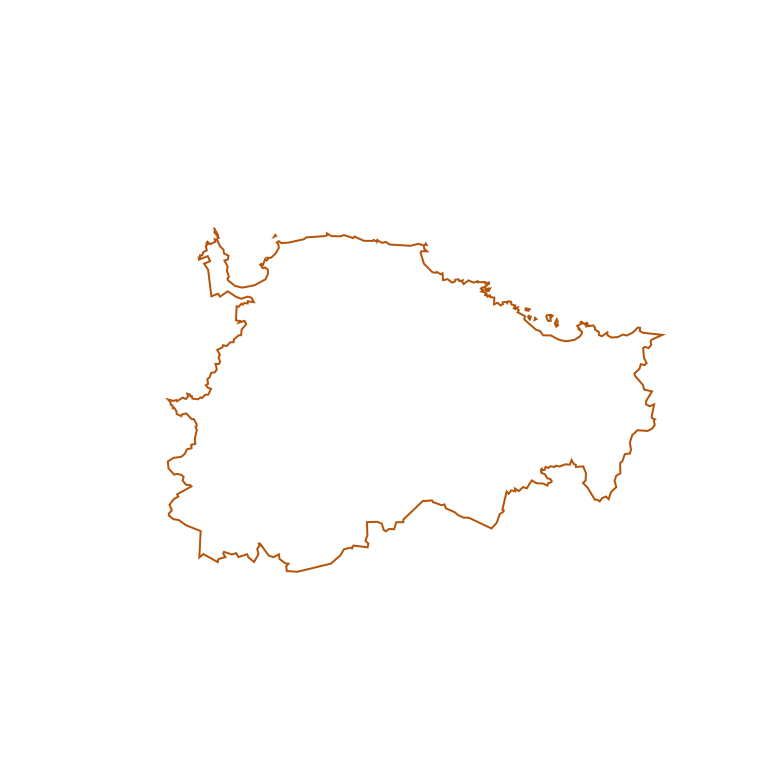 the district of La Huerta, Jalisco, Mexico, rotated 143°
{"feature_id": "50627088B67615476566962", "entity_name": "La Huerta", "entity_type": "district", "adm_level": 2, "iso_a3": "MEX", "parent_name": "Mexico", "parent_adm1": "Jalisco", "projection": "robinson", "projection_center": [-104.926, 19.493], "detail": "fine", "context": "isolated", "style": "outline", "palette": "amber", "viewbox_px": 768, "rotation_deg": 143, "n_neighbors": 0, "source": "geoboundaries", "source_scale": "gbopen_adm2", "svg_char_len": 6180}
<svg xmlns="http://www.w3.org/2000/svg" viewBox="0 0 768 768"><g transform="rotate(143 384 384)"><path d="M574.3,293.1L566.0,286.1L534.5,272.5L521.9,273.4L515.5,276.1L508.7,273.2L508.5,272.0L505.6,273.4L495.4,263.4L492.5,266.0L493.2,270.0L488.6,272.9L480.7,283.9L472.4,278.1L469.8,273.9L472.0,267.6L471.3,265.3L467.1,265.1L463.3,261.9L457.4,266.2L451.7,262.0L450.1,264.1L423.6,267.2L415.7,262.1L416.0,260.3L411.0,252.6L408.2,251.4L409.4,247.4L404.7,239.1L403.7,234.6L400.8,229.3L396.8,226.2L385.1,203.9L377.3,205.4L369.9,210.4L365.2,210.2L364.3,211.4L365.1,212.4L350.8,224.3L350.5,221.3L346.4,222.5L343.8,219.3L342.3,221.6L340.8,217.3L335.0,218.0L332.8,214.8L324.0,218.1L321.9,212.9L316.9,208.9L314.7,204.6L312.4,206.0L309.3,204.8L308.4,205.7L308.4,208.0L310.3,210.3L309.8,214.9L311.8,218.5L310.2,221.1L308.9,221.3L309.3,219.8L307.4,218.8L304.9,220.5L303.3,218.1L300.6,218.2L297.8,215.1L296.2,215.5L293.2,212.3L287.6,210.8L284.1,207.7L279.9,210.4L280.6,205.8L279.4,204.1L280.7,202.3L274.5,198.3L276.4,191.2L281.1,185.6L284.7,185.2L283.8,178.5L285.2,164.7L283.5,163.6L282.4,160.4L278.6,161.6L274.5,160.6L273.9,156.8L267.7,161.1L260.5,161.8L258.2,167.8L253.8,171.0L249.0,170.4L243.0,178.7L239.9,179.0L233.9,183.0L229.3,180.5L226.1,183.1L223.0,189.2L216.5,193.8L209.3,194.5L201.8,187.9L197.0,187.0L192.6,188.2L190.2,192.9L189.0,192.8L190.4,195.4L189.8,197.0L180.5,205.1L185.3,206.4L187.0,210.1L184.8,212.7L174.4,216.8L179.6,223.0L177.8,227.2L178.6,239.8L177.7,241.7L170.9,242.3L167.0,245.3L164.5,242.3L161.7,242.6L160.7,248.3L155.4,256.8L153.2,256.6L151.0,253.4L147.1,254.4L145.4,257.6L143.4,258.3L132.1,255.7L146.3,269.0L147.8,272.3L145.6,274.8L147.4,276.3L154.5,275.4L160.9,276.6L163.5,279.7L169.2,280.8L174.4,284.3L176.2,288.3L174.6,290.8L181.3,291.0L182.8,293.7L181.1,296.5L182.8,300.4L181.5,302.0L181.6,304.8L187.3,308.0L186.1,308.4L187.4,309.2L188.8,314.9L189.8,314.9L189.3,313.2L194.7,314.1L194.6,310.3L195.5,310.5L194.5,306.4L195.8,305.2L198.9,304.1L205.4,304.6L213.1,308.7L217.8,314.3L221.5,322.4L227.6,327.1L227.5,332.4L230.0,336.0L233.1,351.1L230.6,353.4L234.1,360.9L232.0,361.7L232.3,364.4L231.1,364.8L232.8,365.8L234.1,364.9L234.8,366.4L232.0,367.8L234.4,371.0L233.0,373.2L235.0,375.2L236.9,374.4L236.6,375.7L240.1,377.9L241.1,376.1L243.7,376.8L244.4,380.6L248.2,381.4L243.9,386.6L246.9,389.6L246.1,391.1L248.7,391.5L248.0,392.5L249.5,393.8L247.2,394.6L249.0,394.7L248.0,396.3L250.5,399.2L248.3,399.3L249.2,401.8L247.4,402.0L245.0,399.9L244.7,401.0L239.7,400.8L239.1,402.0L242.6,403.2L241.8,404.5L248.0,408.9L247.4,409.7L251.6,411.2L254.1,415.9L260.2,415.9L260.1,418.6L258.8,419.4L262.0,420.8L261.4,422.7L264.5,424.4L265.9,423.2L268.7,424.1L270.1,429.5L274.3,431.3L270.6,437.2L272.7,437.5L274.4,441.8L275.6,441.5L278.1,444.2L279.7,456.1L275.8,466.8L274.3,467.5L269.8,464.1L270.5,467.9L268.8,470.7L272.1,475.2L279.8,478.5L295.6,492.1L297.2,496.5L300.4,497.7L302.6,502.2L303.6,501.9L302.9,503.0L304.6,503.0L305.6,505.3L307.0,505.1L313.9,510.5L318.8,519.5L320.8,519.0L326.3,527.0L329.8,528.1L336.9,533.7L338.9,538.5L339.6,537.1L342.2,537.7L357.9,547.9L360.8,547.8L375.0,554.3L381.1,558.2L382.1,561.4L384.5,561.5L384.3,559.0L386.2,555.9L392.3,553.3L398.5,552.9L401.3,555.1L401.2,553.8L403.4,553.3L403.8,555.3L409.0,551.9L409.4,553.6L411.0,553.9L411.1,549.3L408.8,548.5L407.9,545.3L410.4,541.8L415.7,538.9L428.0,540.8L439.1,546.2L443.8,551.8L446.2,560.6L445.7,562.3L443.3,563.0L441.3,569.0L438.2,571.8L437.1,578.6L433.7,577.4L431.0,580.1L433.2,584.5L431.3,588.1L432.1,592.8L430.4,599.6L432.1,601.5L433.0,599.1L438.7,600.3L439.4,603.9L441.1,603.3L441.0,601.7L443.2,601.5L445.1,597.4L449.1,598.1L451.8,596.2L453.5,597.5L454.9,595.2L455.9,596.4L456.9,594.7L447.8,592.2L448.9,586.8L455.3,588.4L455.7,581.1L469.1,557.9L462.2,556.0L462.4,552.5L453.0,552.0L449.6,542.4L446.7,538.0L440.2,535.8L437.9,532.6L438.7,527.7L443.1,532.1L444.4,530.4L446.8,532.7L449.1,532.4L449.5,533.9L453.7,533.2L455.0,534.7L463.9,523.9L461.1,521.0L463.1,520.4L457.3,518.3L458.1,514.7L465.0,513.1L468.7,509.0L470.8,510.3L477.4,509.9L478.8,507.9L482.0,509.9L486.6,508.9L489.4,511.9L490.9,510.5L496.7,511.6L497.5,506.0L500.1,504.9L501.5,500.4L503.6,499.3L506.5,501.4L508.7,496.3L512.0,495.1L515.3,496.9L519.4,494.2L522.2,494.2L524.4,490.0L527.0,490.3L526.9,487.2L525.1,484.2L530.7,481.3L533.4,483.0L537.6,482.2L538.4,483.6L541.8,483.8L545.8,487.6L544.8,490.0L546.0,490.6L545.2,492.3L547.0,494.7L548.1,491.9L551.3,491.2L552.9,494.3L559.6,494.8L559.4,496.1L562.3,497.2L565.8,501.7L565.5,497.6L566.8,495.9L565.8,494.1L567.3,491.8L565.9,491.3L566.1,487.3L567.6,484.9L565.2,480.3L563.4,481.2L559.6,479.5L558.9,472.2L557.1,470.4L557.6,465.8L558.6,463.3L560.4,463.1L561.1,459.9L567.9,454.3L570.7,449.8L574.6,451.4L576.3,448.6L580.7,450.4L585.1,448.1L589.9,447.9L596.4,451.6L603.3,452.2L606.9,446.3L606.1,437.9L603.2,436.7L600.5,433.3L599.9,430.4L602.9,428.1L602.7,422.5L599.8,420.2L599.4,418.1L615.6,420.4L616.0,417.9L621.3,418.6L628.0,416.6L629.5,410.8L633.8,410.0L635.0,408.3L633.5,402.8L629.7,398.7L627.0,390.1L618.9,376.9L635.9,356.6L630.6,356.9L624.0,341.8L621.6,343.8L614.8,341.2L614.5,345.3L612.8,346.2L608.0,339.4L603.8,337.8L604.4,333.4L595.7,330.4L596.6,327.4L594.9,320.1L586.7,323.6L584.4,328.7L580.9,329.6L580.1,331.9L579.1,331.4L579.3,316.3L576.6,312.3L570.5,311.2L572.7,307.3L570.8,300.3L568.5,297.9L571.7,297.3L574.3,293.1ZM213.9,340.1L215.0,335.6L212.8,334.1L209.8,339.3L212.6,340.9L213.9,340.1ZM211.9,326.1L209.7,326.2L210.3,327.4L207.8,329.0L207.1,331.7L211.1,329.7L211.9,326.1ZM224.5,355.5L222.6,356.1L225.4,359.2L226.6,357.8L224.5,355.5ZM427.9,602.8L427.0,602.8L425.8,611.2L426.8,607.9L428.2,607.2L427.9,602.8ZM223.5,345.9L225.2,344.5L223.2,344.2L223.5,345.9ZM245.7,395.9L244.2,395.3L242.3,396.3L245.2,396.8L245.7,395.9ZM381.1,568.4L383.2,567.7L381.1,567.2L381.1,568.4ZM208.7,338.1L210.0,337.3L210.0,336.6L208.2,337.0L208.7,338.1ZM228.7,347.8L227.1,348.9L228.8,349.0L228.7,347.8ZM267.5,470.6L266.3,469.4L266.1,471.0L267.5,470.6ZM228.5,351.1L228.0,349.8L227.1,349.9L227.1,351.2L228.5,351.1ZM186.3,311.1L185.9,309.4L185.0,310.5L186.3,311.1ZM246.4,398.2L245.7,396.9L244.1,397.6L246.4,398.2ZM427.9,602.6L429.0,600.6L428.0,600.2L427.9,602.6Z" fill="none" stroke="#b45309" stroke-width="2"/></g></svg>